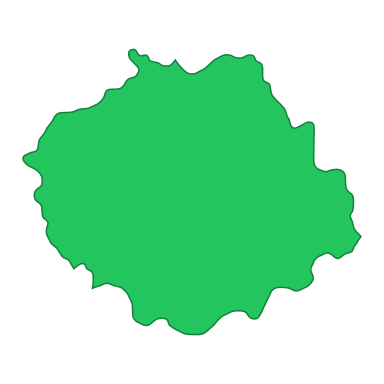 Santo Domingo Norte, Santo Domingo, Dominican Republic
{"feature_id": "3306468B69906942456290", "entity_name": "Santo Domingo Norte", "entity_type": "district", "adm_level": 2, "iso_a3": "DOM", "parent_name": "Dominican Republic", "parent_adm1": "Santo Domingo", "projection": "albers", "projection_center": [-69.908, 18.61], "detail": "fine", "context": "isolated", "style": "filled", "palette": "green", "viewbox_px": 384, "rotation_deg": 0, "n_neighbors": 0, "source": "geoboundaries", "source_scale": "gbopen_adm2", "svg_char_len": 5584}
<svg xmlns="http://www.w3.org/2000/svg" viewBox="0 0 384 384"><path d="M213.8,325.1L216.3,322.0L218.3,319.8L220.4,317.8L222.7,316.0L224.4,315.1L226.9,314.0L230.7,312.0L232.4,311.3L234.3,311.0L236.2,310.8L239.1,310.8L241.9,310.9L243.6,311.3L245.2,311.9L245.8,312.4L246.4,312.9L248.6,316.1L249.7,317.3L251.2,318.2L252.9,318.8L254.6,318.9L256.3,318.7L257.1,318.4L257.9,317.9L258.9,316.7L261.4,312.5L262.1,311.0L263.5,307.6L265.9,303.0L267.3,299.6L269.3,295.8L271.1,291.8L272.1,290.4L273.4,289.2L274.9,288.3L275.8,287.9L277.6,287.5L280.5,287.3L284.4,287.5L287.2,287.8L289.1,288.2L290.7,288.9L292.9,290.0L294.4,290.6L295.3,290.8L297.1,290.9L298.0,290.7L299.6,290.2L302.5,288.7L305.9,287.2L306.7,286.8L309.1,285.0L311.1,282.9L312.2,281.3L313.0,279.6L313.2,278.7L313.2,277.0L312.7,275.3L311.1,271.7L310.9,270.9L310.8,269.1L310.9,268.3L311.5,266.7L313.0,263.7L314.0,261.3L314.9,259.7L316.1,258.4L317.4,257.2L318.9,256.3L321.4,255.3L324.3,253.7L325.9,253.2L326.8,253.0L328.6,253.1L330.3,253.8L331.8,254.8L334.5,257.1L336.0,258.0L336.7,258.3L337.6,258.4L338.4,258.4L339.2,258.1L340.7,257.3L343.6,255.0L345.1,254.0L346.7,253.3L350.8,252.1L352.1,251.2L352.9,249.9L353.9,247.1L354.5,245.8L356.4,243.7L358.3,240.2L361.0,236.4L357.0,232.5L355.7,230.9L354.6,229.3L354.1,228.4L353.5,226.6L352.2,221.3L350.9,218.4L350.4,216.9L350.3,216.2L350.5,214.7L351.0,213.4L352.2,211.9L352.5,211.2L353.1,208.7L353.4,205.7L353.5,202.7L353.4,199.7L353.2,197.8L352.8,196.0L352.0,194.5L351.4,193.9L349.0,192.1L347.8,191.0L346.8,189.6L346.1,187.9L345.6,185.0L345.4,176.9L345.0,174.9L344.3,173.2L343.2,171.8L341.8,170.7L340.1,169.9L338.1,169.5L336.0,169.4L332.9,169.7L330.1,170.3L326.5,171.7L325.7,171.7L324.2,171.5L319.7,169.8L318.1,169.0L316.7,168.0L315.5,166.7L314.6,165.1L314.3,164.2L313.9,162.1L313.7,160.0L313.9,141.6L314.2,128.7L313.9,125.8L313.3,124.1L312.7,123.3L312.0,122.8L311.2,122.4L309.5,122.1L307.8,122.2L306.9,122.4L305.3,123.1L301.7,125.3L295.9,128.0L294.4,128.2L293.6,128.0L292.9,127.7L291.7,126.7L290.8,125.4L290.4,124.6L289.3,119.9L289.0,119.2L287.4,116.9L287.1,116.3L285.7,111.4L284.9,109.6L283.8,107.9L282.5,106.4L275.0,98.8L273.6,97.2L272.4,95.6L271.5,93.8L271.2,92.8L270.8,90.8L270.1,86.1L269.5,84.5L269.0,83.8L267.9,83.0L265.3,81.9L264.6,81.5L264.1,81.0L263.6,80.4L263.2,79.6L262.8,77.9L262.6,75.0L262.6,68.0L262.3,66.2L261.7,64.6L261.3,63.9L260.7,63.3L259.4,62.6L257.4,61.8L256.3,61.0L255.5,59.9L254.5,57.3L253.6,56.0L253.0,55.6L251.4,55.1L250.6,55.0L248.9,55.0L248.0,55.2L246.4,55.7L242.7,57.6L240.9,58.0L239.0,58.1L237.2,58.0L235.4,57.6L230.8,55.4L229.1,55.0L226.3,54.8L224.4,55.0L223.5,55.2L221.9,55.9L214.8,59.6L212.5,61.5L205.7,67.8L203.3,69.5L200.0,71.1L196.3,73.1L194.6,73.7L192.7,73.9L190.8,73.9L189.0,73.6L187.2,72.8L185.5,71.7L183.2,69.6L180.3,66.5L178.2,64.1L175.3,60.0L171.6,64.4L170.3,65.3L168.5,65.9L166.6,66.0L164.7,66.0L162.8,65.6L161.2,65.0L159.0,63.3L158.3,62.9L156.6,62.5L152.1,61.6L150.5,61.0L149.8,60.5L149.3,59.9L148.0,56.7L147.6,56.2L147.1,55.7L146.5,55.3L145.2,55.1L143.9,55.2L141.4,55.9L140.1,55.7L138.9,55.0L137.9,54.0L136.2,50.8L135.2,49.9L134.5,49.5L133.1,49.4L131.0,49.9L130.3,50.3L129.6,50.8L129.1,51.6L128.8,52.4L128.7,53.2L128.7,55.0L129.1,56.7L129.4,57.6L129.9,58.5L131.1,60.1L137.4,66.5L138.4,68.1L138.8,68.9L138.9,69.8L138.7,71.3L138.1,72.7L136.6,75.3L135.5,76.5L134.1,77.2L130.1,78.3L129.3,78.6L127.9,79.5L126.2,81.3L124.1,85.0L123.1,86.3L121.8,87.5L120.3,88.4L119.4,88.7L117.5,89.1L109.7,89.4L108.0,89.8L107.2,90.2L106.5,90.7L105.6,92.0L104.1,96.7L102.7,99.1L101.5,100.6L100.1,102.0L98.6,103.3L97.0,104.3L89.0,108.0L87.0,108.5L80.9,109.1L78.9,109.5L77.1,110.1L74.0,111.5L72.3,112.0L69.4,112.4L61.2,112.7L59.2,113.1L58.3,113.4L56.8,114.3L55.0,116.2L54.1,117.6L52.6,120.6L51.2,122.5L47.6,127.2L46.7,128.6L44.7,132.7L40.5,138.0L39.5,139.7L39.1,140.5L38.6,142.3L38.0,147.6L37.6,149.2L37.2,149.9L36.7,150.6L36.1,151.1L35.4,151.4L33.8,151.9L31.4,152.4L29.7,153.0L24.8,155.4L24.2,155.9L23.6,156.5L23.3,157.2L23.1,158.1L23.0,158.9L23.2,159.8L24.0,161.4L25.8,163.5L28.0,165.4L29.6,166.4L33.8,168.4L35.5,169.4L37.1,170.6L39.2,172.6L40.4,174.2L41.4,175.9L41.7,176.8L42.1,178.7L42.2,181.4L42.0,183.2L41.6,184.9L40.8,186.3L40.2,186.9L37.0,189.1L35.4,190.9L35.0,191.7L34.4,193.4L34.3,194.3L34.3,196.2L34.6,198.0L35.0,198.9L35.9,200.3L37.6,202.0L40.1,203.8L40.6,204.4L41.1,205.1L41.4,205.9L41.8,207.7L42.2,213.5L42.7,216.3L43.4,217.8L43.9,218.3L45.7,219.6L46.7,220.6L47.5,221.8L47.8,222.4L48.0,223.1L48.0,223.8L47.8,224.5L46.6,228.1L46.3,230.8L46.5,233.6L46.7,234.5L47.4,236.1L49.0,239.1L50.1,241.6L51.6,243.8L53.4,245.5L56.6,247.9L57.5,249.2L58.8,251.3L61.9,256.1L62.9,257.2L64.2,258.0L67.7,259.4L68.9,260.4L71.6,264.8L73.8,268.7L77.8,265.6L79.9,264.2L81.3,263.7L82.9,263.6L83.7,263.8L84.4,264.2L84.9,264.8L85.3,265.4L86.2,267.5L87.0,268.9L88.2,269.7L90.4,270.8L91.8,271.8L92.3,272.6L93.0,274.5L93.3,277.7L93.1,283.3L92.4,288.4L95.5,287.1L100.7,285.5L104.5,283.7L106.1,283.3L107.0,283.3L108.8,283.5L114.2,285.7L119.6,287.0L120.5,287.3L122.2,288.3L123.7,289.5L125.1,290.9L126.5,292.3L127.6,293.9L128.5,295.6L129.6,298.1L131.5,301.9L132.1,303.7L132.4,305.7L132.7,314.9L133.1,316.9L133.8,318.6L134.8,320.0L136.1,321.2L136.8,321.7L143.7,325.1L145.5,325.5L146.4,325.5L148.2,325.2L149.0,324.8L150.6,323.8L155.0,320.2L156.6,319.2L157.5,318.8L160.3,318.3L162.1,318.2L163.9,318.4L165.5,318.8L166.3,319.2L166.9,319.7L167.8,321.0L169.0,324.5L169.9,325.7L174.7,328.9L176.2,329.7L179.5,331.2L183.3,333.2L185.1,333.8L187.1,334.2L189.1,334.4L195.3,334.6L198.3,334.5L200.3,334.4L202.3,333.9L204.1,333.2L206.5,331.5L213.8,325.1Z" fill="#22c55e" stroke="#15803d" stroke-width="1.5"/></svg>